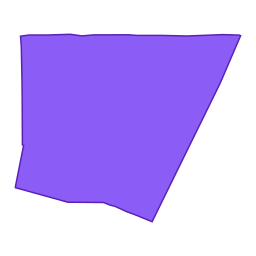 Tichitt, Tagant, Mauritania
{"feature_id": "47542326B42701553126465", "entity_name": "Tichitt", "entity_type": "district", "adm_level": 2, "iso_a3": "MRT", "parent_name": "Mauritania", "parent_adm1": "Tagant", "projection": "orthographic", "projection_center": [-9.94, 18.515], "detail": "fine", "context": "isolated", "style": "filled", "palette": "violet", "viewbox_px": 256, "rotation_deg": 0, "n_neighbors": 0, "source": "geoboundaries", "source_scale": "gbopen_adm2", "svg_char_len": 507}
<svg xmlns="http://www.w3.org/2000/svg" viewBox="0 0 256 256"><path d="M15.4,187.7L67.8,202.2L103.6,202.5L110.0,205.1L110.3,205.2L114.3,206.1L121.2,209.1L126.4,211.6L128.6,212.4L133.9,214.3L152.1,221.7L220.2,83.1L240.6,35.7L239.3,35.1L222.7,34.6L187.1,36.0L161.2,35.4L136.4,35.4L129.2,34.8L93.6,34.9L82.0,35.9L70.1,34.3L47.8,35.0L29.1,35.0L20.5,36.2L21.3,46.5L22.0,81.1L22.2,101.0L22.4,144.9L23.6,145.4L21.4,156.5L15.9,184.2L15.4,186.9L15.4,187.7Z" fill="#8b5cf6" stroke="#5b21b6" stroke-width="1.5"/></svg>